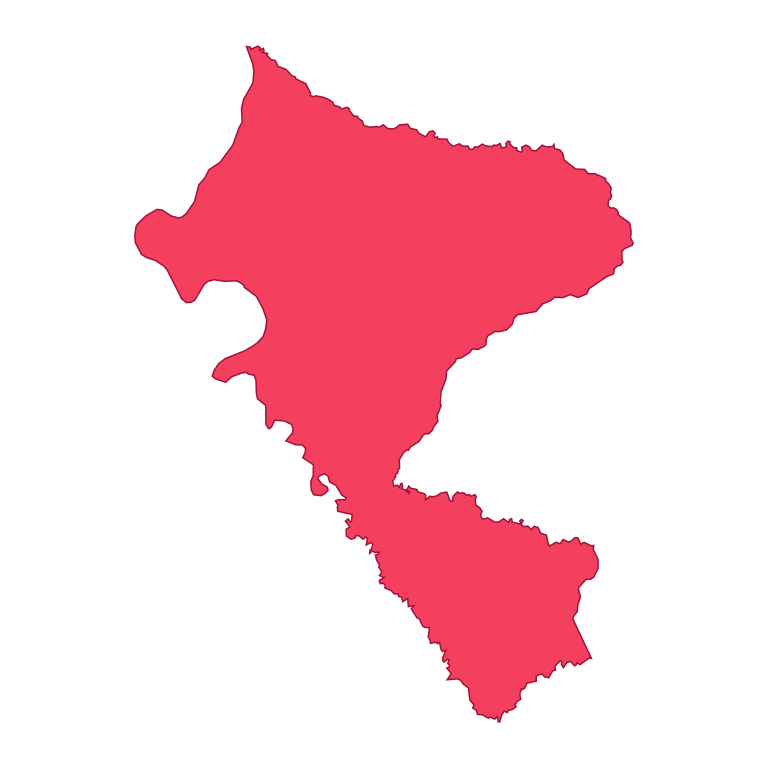 the district of Carolina, Maranhão, Brazil
{"feature_id": "56859067B38321645183577", "entity_name": "Carolina", "entity_type": "district", "adm_level": 2, "iso_a3": "BRA", "parent_name": "Brazil", "parent_adm1": "Maranhão", "projection": "robinson", "projection_center": [-47.173, -7.453], "detail": "fine", "context": "isolated", "style": "filled", "palette": "rose", "viewbox_px": 768, "rotation_deg": 0, "n_neighbors": 0, "source": "geoboundaries", "source_scale": "gbopen_adm2", "svg_char_len": 6103}
<svg xmlns="http://www.w3.org/2000/svg" viewBox="0 0 768 768"><path d="M167.1,269.8L181.7,298.8L186.3,302.6L191.1,302.3L194.7,300.2L204.2,284.4L207.7,281.4L213.8,279.7L224.5,281.3L236.1,280.8L240.8,282.9L243.7,285.2L244.4,287.4L256.4,296.4L263.1,309.0L266.8,319.9L265.7,328.9L263.1,336.7L257.1,343.1L251.5,346.8L244.8,350.8L225.3,358.5L218.7,363.6L214.1,370.6L212.2,376.2L215.5,378.8L225.6,382.3L231.9,376.6L242.1,372.9L246.4,372.4L248.2,374.0L254.2,375.3L256.0,380.5L256.4,393.3L257.5,398.8L265.8,405.5L265.9,424.1L268.3,428.2L269.6,428.7L271.9,426.4L274.7,420.2L284.5,421.0L291.7,424.5L293.2,429.9L292.4,432.8L285.9,440.9L295.7,444.8L301.9,444.9L305.4,447.8L305.3,452.3L302.7,457.7L313.4,464.8L313.2,475.8L310.9,481.2L310.9,484.1L311.4,490.5L313.8,494.8L321.1,495.7L325.8,492.9L328.1,490.0L327.1,487.0L321.8,484.0L317.9,478.8L318.0,476.8L324.2,473.7L328.0,476.0L329.7,482.1L335.8,485.2L341.8,495.1L346.1,497.8L345.3,499.8L338.8,499.6L335.4,500.8L338.2,505.6L337.3,507.3L337.7,511.3L352.1,514.4L351.6,521.2L350.3,521.9L348.1,518.9L345.4,521.1L349.9,527.0L346.1,529.3L346.3,535.9L350.9,539.2L354.8,538.2L355.9,535.6L359.2,535.9L363.1,539.3L365.8,536.9L367.3,539.0L366.2,545.0L371.5,542.4L372.8,544.2L371.5,548.8L369.9,550.1L369.7,553.4L372.5,550.8L374.7,552.5L379.1,552.2L377.1,554.8L375.3,555.1L376.7,560.2L379.6,565.2L378.7,567.0L381.8,572.1L379.4,575.6L384.2,577.4L379.5,580.1L379.4,582.1L380.4,583.7L382.9,583.1L385.2,585.2L384.9,588.0L391.2,590.5L394.3,594.0L398.1,593.7L398.5,596.4L401.4,597.0L402.8,601.6L407.8,598.6L408.3,606.6L413.7,605.7L411.3,608.9L416.9,617.7L419.4,619.0L422.8,626.2L424.8,627.4L429.5,627.6L428.2,636.9L430.3,640.7L430.3,643.3L436.4,642.3L437.7,643.7L439.5,642.3L441.1,649.7L442.7,651.6L446.0,650.3L442.5,658.1L442.8,660.7L444.1,662.1L447.7,659.1L448.9,659.9L447.8,663.6L449.4,665.0L449.1,667.1L446.8,668.0L451.2,673.6L447.2,679.7L457.3,678.9L460.5,680.2L463.4,684.2L468.5,687.9L469.9,700.2L473.9,704.7L472.7,708.1L476.4,710.3L477.4,714.4L482.3,714.8L488.4,718.2L490.3,717.1L494.7,719.1L497.4,716.7L498.2,721.8L499.8,721.9L501.6,715.2L504.1,711.2L507.5,712.5L507.7,710.7L512.5,709.4L516.1,706.7L515.0,704.5L517.4,701.3L520.7,699.4L519.8,694.5L521.4,688.7L522.7,689.5L524.9,687.9L526.9,683.2L536.2,681.2L536.2,676.5L538.6,674.8L542.5,674.2L544.4,676.9L548.8,677.7L552.6,670.9L555.4,670.1L555.0,666.2L560.2,660.9L561.8,661.0L561.3,664.2L563.3,667.7L567.0,662.4L570.9,661.5L574.2,665.8L576.1,665.0L576.7,662.9L580.0,664.6L589.2,658.1L591.4,658.4L572.9,619.1L573.3,616.7L577.2,611.6L577.8,604.9L580.5,596.7L578.4,589.2L579.0,587.2L586.0,579.4L590.7,579.2L593.9,576.9L598.1,568.3L598.0,559.3L593.3,549.5L593.7,545.5L591.1,545.8L584.5,542.5L582.3,543.0L581.0,544.7L577.8,537.8L574.8,537.8L570.3,541.7L567.8,541.8L563.1,539.5L560.2,543.7L556.1,542.2L549.8,546.0L548.2,543.7L546.4,535.1L540.7,533.2L537.9,527.4L534.0,526.4L531.4,529.5L527.8,526.1L523.7,526.6L521.1,524.4L512.2,522.0L511.6,518.6L509.6,519.5L508.7,522.5L503.5,518.7L498.7,522.0L494.5,522.0L487.6,517.8L484.3,519.1L482.1,518.5L480.5,515.6L482.0,511.2L479.9,507.9L475.9,505.0L475.1,500.1L476.3,496.8L475.0,494.7L471.2,496.2L469.3,494.6L466.4,495.2L463.9,492.9L459.6,493.2L457.6,491.9L453.1,496.1L452.5,501.4L449.9,500.5L446.9,492.2L445.2,492.2L440.5,493.3L436.7,495.9L432.0,496.9L430.3,496.1L425.5,499.6L425.8,495.3L424.4,493.7L417.9,491.8L417.0,489.5L410.6,488.2L408.9,486.0L406.7,489.9L409.7,492.1L409.0,493.6L405.2,489.8L401.4,488.7L402.8,486.1L401.9,483.4L400.6,483.9L399.4,487.5L397.5,485.2L393.7,486.0L392.7,481.2L395.6,476.8L395.9,473.7L397.6,473.1L398.0,469.6L399.6,468.6L399.3,459.8L403.8,452.2L406.9,450.0L408.7,450.1L410.2,447.1L419.1,441.3L423.2,435.1L426.1,433.5L428.6,433.9L432.4,430.2L433.2,427.6L437.8,421.3L437.1,415.7L441.1,405.6L440.3,402.8L441.0,392.0L446.0,378.8L446.6,371.1L455.5,361.4L456.1,358.8L461.3,357.8L469.9,352.4L472.3,348.9L477.8,349.5L483.9,346.5L485.9,344.7L486.4,338.7L487.8,335.9L495.3,331.4L498.4,331.8L506.5,330.0L512.3,324.2L514.1,318.1L517.6,314.7L536.0,311.5L542.7,303.8L550.3,300.8L554.9,297.2L563.0,297.6L570.2,294.6L578.1,297.5L586.7,293.9L589.1,288.6L606.8,276.6L613.5,273.9L614.4,268.6L617.3,266.0L620.8,265.2L623.0,262.0L622.0,260.2L621.8,251.5L624.4,248.7L632.3,245.1L633.2,243.1L630.6,238.1L631.1,231.8L630.1,224.9L629.5,222.9L618.3,214.9L618.5,212.9L616.7,209.7L613.5,207.7L611.2,208.3L608.0,205.8L608.6,200.3L610.4,199.1L611.7,195.8L610.4,192.7L611.2,187.9L608.4,183.4L606.0,181.7L605.5,178.4L594.9,173.7L588.2,173.6L584.7,169.4L575.7,169.0L564.1,160.0L562.7,153.2L559.9,149.9L554.7,148.7L553.9,144.5L552.4,146.6L546.3,146.9L542.2,145.1L536.0,150.9L531.4,150.3L529.7,147.1L526.2,145.1L521.7,147.2L522.3,151.2L521.2,152.2L517.2,150.8L516.5,147.7L513.9,147.9L509.8,143.9L510.1,141.7L508.0,141.1L505.9,143.3L506.4,147.3L501.6,147.7L500.1,143.5L496.4,145.5L493.6,145.1L492.0,146.7L485.2,145.7L482.4,144.1L477.4,147.2L475.0,146.7L472.8,149.3L469.7,149.3L467.9,146.0L462.7,146.1L459.4,143.8L453.1,146.3L448.6,142.6L447.1,139.2L437.6,138.9L437.5,136.9L434.7,137.3L433.8,135.8L435.2,133.2L432.8,130.8L429.1,131.9L425.6,136.9L418.7,133.0L416.7,129.8L410.3,128.4L407.6,124.2L399.4,124.9L395.9,127.9L392.2,129.0L387.6,128.5L383.4,124.8L378.7,127.5L376.9,126.4L370.4,127.2L365.5,126.1L363.5,124.8L362.3,121.0L358.2,118.3L357.5,116.3L353.8,116.1L349.5,110.7L349.4,108.8L347.0,107.2L342.1,109.0L339.2,106.7L333.9,105.2L332.9,102.4L328.6,99.4L323.0,97.2L315.6,95.8L313.9,96.8L310.2,95.5L310.7,93.5L305.8,83.7L296.0,78.9L294.9,76.5L292.5,76.2L285.7,69.2L278.0,66.4L275.4,60.6L271.1,59.6L266.7,55.1L267.7,53.5L262.3,52.3L264.2,50.8L263.1,48.3L259.7,50.4L260.3,47.9L258.0,46.1L250.8,49.3L250.4,47.1L246.5,46.5L252.8,64.2L253.8,71.3L253.2,80.3L252.5,83.6L243.6,99.5L241.5,108.3L242.2,122.1L239.0,127.8L232.8,145.1L220.0,162.4L209.1,169.6L204.8,177.9L198.8,184.9L194.5,201.6L186.2,213.7L181.9,217.1L178.5,217.9L171.3,216.0L162.1,210.0L157.0,209.4L146.1,215.7L137.4,224.1L136.0,227.0L134.8,235.6L135.4,242.7L141.5,254.4L146.6,257.6L155.4,260.5L163.6,265.8L167.1,269.8ZM521.1,524.4L523.2,520.5L521.4,519.4L519.8,520.8L521.1,524.4Z" fill="#f43f5e" stroke="#9f1239" stroke-width="1.5"/></svg>